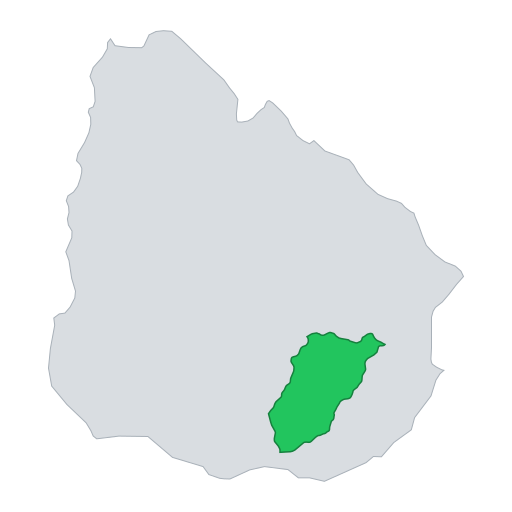 Lavalleja highlighted on a map of Uruguay
{"feature_id": "URY-19", "entity_name": "Lavalleja", "entity_type": "Department", "adm_level": 1, "iso_a3": "URY", "parent_name": "Uruguay", "parent_adm1": "", "projection": "robinson", "projection_center": [-54.924, -33.979], "detail": "fine", "context": "in_parent", "style": "filled", "palette": "green", "viewbox_px": 512, "rotation_deg": 0, "n_neighbors": 0, "source": "natural_earth", "source_scale": "10m", "svg_char_len": 4748}
<svg xmlns="http://www.w3.org/2000/svg" viewBox="0 0 512 512"><path d="M443.9,370.3L440.0,373.7L435.9,380.2L431.0,395.9L414.6,417.6L411.3,429.8L393.8,442.5L381.4,456.8L373.4,456.5L366.1,462.6L324.4,481.3L309.4,477.8L298.3,477.8L288.0,469.6L264.5,466.6L249.7,469.9L229.9,479.0L224.0,478.8L219.7,478.3L208.9,474.6L203.1,466.6L172.5,457.4L147.9,436.5L118.9,436.1L96.7,438.8L93.2,436.0L90.9,430.7L86.2,422.9L66.9,404.5L51.7,386.1L48.5,368.1L50.4,348.5L54.7,325.3L53.8,318.0L59.3,313.9L64.9,313.1L70.1,307.1L74.8,298.0L75.5,291.1L71.7,278.4L69.0,260.6L65.8,251.8L71.8,237.8L72.0,231.0L68.4,225.0L67.4,218.9L69.0,212.6L68.6,206.5L66.3,200.7L67.9,195.9L73.5,192.1L77.7,186.3L80.4,178.4L81.7,172.4L81.8,168.3L80.0,164.4L76.5,160.7L78.0,153.4L84.6,142.5L88.9,132.8L90.8,124.3L90.6,117.4L88.3,112.2L89.2,108.7L93.3,106.8L95.1,101.4L94.4,87.7L90.0,76.4L93.2,67.5L102.5,57.1L107.3,48.8L107.6,42.5L110.5,38.8L115.0,45.7L128.4,47.5L141.7,47.7L143.9,46.0L149.1,34.8L156.0,31.5L163.5,30.7L171.8,31.3L180.6,38.7L205.6,63.0L223.9,79.9L229.5,87.9L234.3,93.8L237.9,99.4L236.4,113.8L236.7,120.1L237.6,121.9L241.7,122.1L247.9,121.0L253.1,118.0L257.1,113.3L261.1,109.6L264.3,107.5L265.4,104.5L267.2,101.3L269.1,100.6L272.8,103.0L281.3,111.2L287.9,118.9L289.5,123.2L292.0,127.8L294.7,131.7L296.6,135.6L303.0,140.6L309.5,143.8L313.9,140.6L324.9,151.0L349.1,159.8L353.6,165.1L357.8,172.6L366.2,184.0L377.9,194.3L387.4,198.6L396.4,201.1L401.5,203.4L404.9,207.3L410.4,211.5L413.9,213.1L415.1,216.9L418.6,225.2L422.3,235.7L426.3,245.4L435.1,254.7L445.0,262.0L455.3,266.1L461.0,271.2L463.5,276.5L456.5,284.4L449.0,294.2L442.3,302.0L435.4,307.4L433.1,311.2L431.5,317.0L431.5,347.7L430.9,359.1L431.4,362.2L432.3,364.2L436.6,367.2L441.8,369.8L443.9,370.3Z" fill="#d9dde1" stroke="#a8b0b8" stroke-width="1"/><path d="M268.5,413.7L270.8,410.4L273.0,408.1L273.5,407.4L273.9,406.7L274.4,405.0L275.0,403.4L275.5,402.6L275.8,402.0L276.8,401.0L280.5,397.7L281.0,397.2L281.4,396.6L281.5,396.1L281.6,395.5L281.6,395.0L281.6,394.3L281.9,393.1L282.3,392.5L282.8,391.8L283.7,390.8L284.5,389.6L285.5,387.1L286.1,386.0L286.4,385.6L287.1,385.0L288.7,384.0L289.7,383.1L290.1,382.5L290.3,381.8L290.6,378.7L290.9,377.8L293.5,371.7L293.8,370.6L294.0,368.1L294.0,367.6L294.0,367.0L293.8,366.5L293.7,366.0L293.5,365.6L291.5,362.5L291.3,362.1L291.1,361.6L291.0,361.0L291.1,360.1L291.3,358.7L291.6,357.9L292.0,357.4L292.4,357.2L293.3,356.8L295.7,356.2L296.6,355.8L297.1,355.5L297.6,355.0L298.4,354.2L298.8,353.6L300.2,349.7L300.7,348.6L301.1,348.0L301.2,347.8L301.3,347.7L301.6,347.5L302.2,347.0L303.0,346.5L305.7,345.6L306.1,345.3L306.6,344.8L307.5,343.6L307.9,342.8L308.2,342.1L308.3,340.9L308.2,339.1L308.1,338.6L307.9,338.2L307.5,337.4L307.0,336.7L310.8,334.4L312.3,333.7L316.4,333.0L316.8,333.0L317.1,333.1L317.8,333.5L319.3,333.9L319.8,334.2L320.1,334.5L320.6,334.8L321.3,335.1L322.7,335.3L323.5,335.2L324.1,335.1L327.6,333.3L329.6,332.5L330.4,332.5L330.9,332.6L332.1,333.0L333.1,333.3L333.7,333.5L334.2,333.8L336.3,336.2L339.0,338.0L341.4,338.6L347.7,339.7L348.2,339.8L348.7,340.0L349.7,340.9L350.1,341.1L355.5,342.8L356.4,342.9L357.1,342.9L360.2,341.6L360.6,341.4L360.9,341.1L361.2,340.7L361.5,340.3L361.9,339.4L362.1,338.4L362.3,337.9L362.6,337.5L362.9,337.2L363.3,337.0L364.2,336.6L364.6,336.3L367.2,334.4L367.8,334.1L370.0,333.5L370.9,333.5L371.7,333.6L372.1,333.8L372.5,334.1L372.7,334.4L373.5,336.2L374.7,338.2L375.9,339.5L376.5,340.1L378.2,341.0L381.0,342.2L383.1,343.5L385.0,344.4L384.6,344.9L384.2,345.2L383.6,345.5L381.8,345.8L379.9,345.8L378.6,346.5L376.9,352.2L373.9,354.9L367.6,358.5L366.0,360.4L365.2,361.8L364.9,363.8L365.6,369.1L365.5,369.9L365.1,370.9L363.4,373.7L362.9,374.4L362.6,374.9L362.3,375.7L362.1,377.2L361.9,380.0L361.7,381.1L361.4,381.7L359.0,384.4L357.1,387.4L353.9,389.8L353.0,391.1L352.9,391.7L352.8,392.3L352.1,394.4L351.1,396.5L350.5,397.4L349.9,398.0L348.1,398.7L344.3,399.2L343.5,399.5L342.6,399.9L340.9,401.0L340.2,401.7L339.7,402.3L339.6,402.8L339.2,403.5L337.0,406.9L335.8,409.5L334.1,412.4L333.9,413.1L333.9,413.4L334.1,414.1L334.2,414.4L334.3,414.8L334.2,415.3L334.2,415.8L334.0,416.3L333.8,418.2L333.5,419.1L333.1,419.7L332.6,420.2L331.9,420.7L331.5,421.2L331.2,421.8L329.8,426.4L329.6,427.5L329.5,429.5L329.2,430.4L328.9,430.9L328.4,431.2L327.0,431.9L325.9,432.9L325.1,433.4L324.5,433.6L323.1,433.9L320.6,435.1L319.7,435.4L318.0,435.6L317.0,436.2L315.5,437.3L311.3,441.3L310.3,442.0L309.8,442.2L308.8,442.3L306.3,442.1L305.2,442.2L304.7,442.2L303.7,442.6L294.9,450.0L294.3,450.3L292.5,451.2L290.5,451.7L280.0,452.3L280.0,449.7L279.5,448.3L278.2,445.9L275.0,442.0L274.6,441.3L274.4,440.9L274.3,438.9L274.4,438.0L275.3,433.4L275.4,432.8L275.3,432.0L275.0,431.2L271.7,425.2L270.7,422.1L268.5,413.7Z" fill="#22c55e" stroke="#15803d" stroke-width="1.5"/></svg>